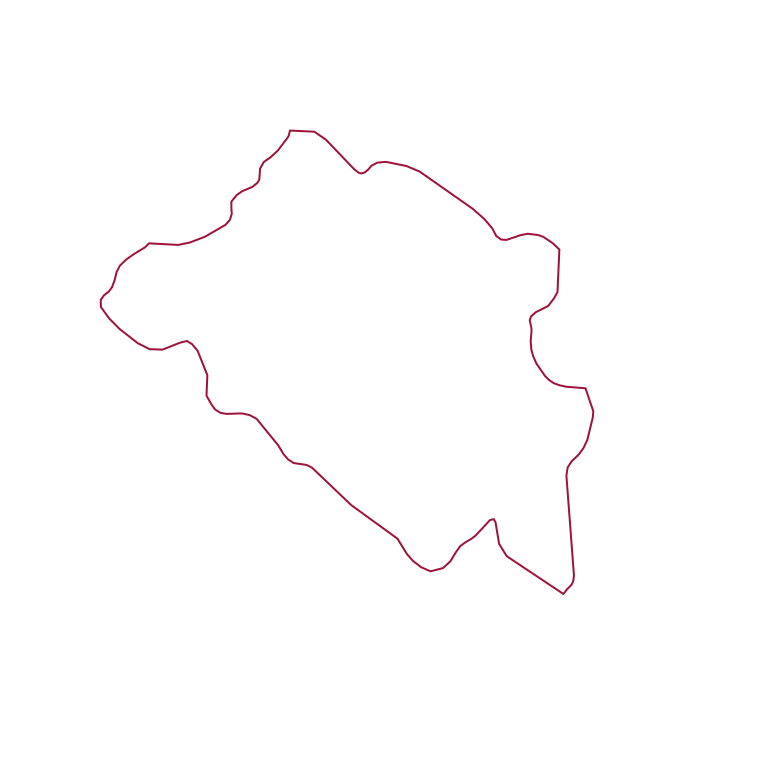 the border of Guelma, rotated 63°
{"feature_id": "DZA-2218", "entity_name": "Guelma", "entity_type": "Province", "adm_level": 1, "iso_a3": "DZA", "parent_name": "Algeria", "parent_adm1": "", "projection": "orthographic", "projection_center": [7.375, 36.384], "detail": "fine", "context": "isolated", "style": "outline", "palette": "rose", "viewbox_px": 768, "rotation_deg": 63, "n_neighbors": 0, "source": "natural_earth", "source_scale": "10m", "svg_char_len": 1737}
<svg xmlns="http://www.w3.org/2000/svg" viewBox="0 0 768 768"><g transform="rotate(63 384 384)"><path d="M152.0,529.5L166.7,504.1L169.8,492.7L171.5,476.6L170.2,452.9L167.7,446.7L163.3,442.4L157.9,440.1L152.2,437.2L148.8,429.5L147.8,422.8L148.6,411.9L147.3,405.6L145.4,402.4L135.8,396.6L131.6,390.2L130.5,382.3L127.8,372.6L120.6,357.8L119.7,356.4L115.5,352.7L127.6,331.5L140.0,324.8L179.3,313.0L184.0,310.8L186.1,308.7L186.8,305.4L185.7,300.5L183.8,296.1L183.7,289.6L186.9,281.5L199.9,265.1L210.9,255.8L268.4,225.3L282.6,219.7L294.4,216.9L303.1,216.8L308.4,214.1L311.2,209.6L313.4,194.7L315.3,187.9L321.1,179.2L325.1,175.3L335.2,169.7L343.8,166.7L380.9,187.7L384.9,193.7L389.0,202.3L388.9,216.0L390.5,222.2L393.3,225.2L401.2,227.3L403.9,228.6L412.7,234.0L420.2,237.1L427.5,238.5L435.1,238.9L450.0,236.9L455.4,235.1L460.3,232.4L465.0,228.0L469.2,222.8L479.3,206.4L503.4,209.9L509.0,213.5L526.1,228.2L531.6,235.3L535.1,242.0L538.0,251.8L541.7,258.2L548.5,263.1L641.1,301.8L645.7,305.0L647.7,307.6L648.4,309.0L649.9,313.8L652.5,319.5L593.2,352.8L578.7,354.0L557.8,347.4L554.2,347.6L553.4,351.4L560.6,371.1L561.6,376.4L562.0,383.0L563.0,389.5L566.4,396.1L572.1,405.3L574.8,415.0L572.0,427.6L564.1,434.1L554.6,438.6L545.7,440.8L528.0,442.2L477.0,468.2L425.7,486.2L420.9,489.8L413.4,500.4L407.4,503.8L400.7,505.4L390.6,506.1L357.3,513.3L350.5,518.0L345.5,524.3L339.3,537.6L335.5,542.8L330.1,546.0L324.2,547.0L313.9,547.5L295.9,537.4L269.9,535.0L261.4,536.9L256.2,540.1L254.6,546.7L252.8,565.8L246.5,577.1L235.8,584.9L215.0,594.6L200.9,599.1L186.9,601.3L180.4,598.2L177.8,593.1L176.8,587.6L174.3,582.4L168.9,576.6L162.9,571.5L158.6,565.5L156.0,557.0L154.7,548.0L153.7,534.7L152.0,529.5Z" fill="none" stroke="#9f1239" stroke-width="2"/></g></svg>